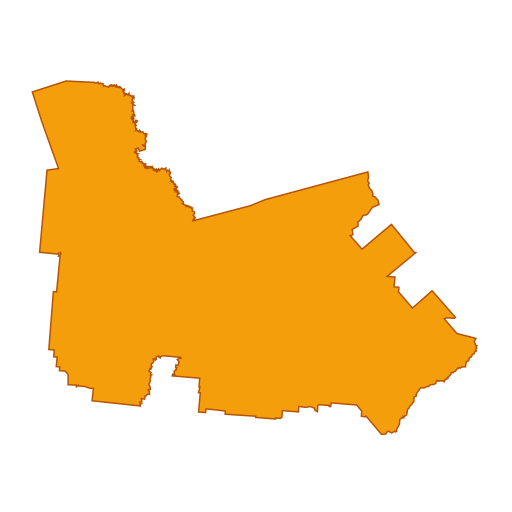 Lachlan, New South Wales, Australia (Mercator projection), rotated 87°
{"feature_id": "25037944B93105500759341", "entity_name": "Lachlan", "entity_type": "district", "adm_level": 2, "iso_a3": "AUS", "parent_name": "Australia", "parent_adm1": "New South Wales", "projection": "mercator", "projection_center": [147.012, -32.8], "detail": "fine", "context": "isolated", "style": "filled", "palette": "amber", "viewbox_px": 512, "rotation_deg": 87, "n_neighbors": 0, "source": "geoboundaries", "source_scale": "gbopen_adm2", "svg_char_len": 6056}
<svg xmlns="http://www.w3.org/2000/svg" viewBox="0 0 512 512"><g transform="rotate(87 256 256)"><path d="M374.7,450.4L375.6,442.0L377.1,442.2L376.0,440.4L376.4,440.5L377.4,433.6L379.2,429.2L379.8,425.3L392.0,427.3L399.7,379.3L398.2,379.5L397.7,378.4L397.5,379.5L395.9,379.7L395.7,377.6L392.4,377.9L393.1,374.8L390.1,374.2L389.9,373.1L388.1,371.4L388.5,369.6L385.5,369.5L385.1,370.4L383.8,370.7L383.7,368.4L381.3,368.5L378.6,369.8L374.9,367.9L373.9,368.4L371.0,367.3L369.8,367.7L369.2,366.4L368.6,367.5L366.8,366.9L365.6,368.8L364.3,368.8L363.5,367.3L362.2,368.0L363.1,366.7L360.9,365.6L360.7,366.3L358.2,366.2L357.3,364.4L355.7,363.6L353.4,364.2L353.2,362.8L354.7,362.0L353.9,360.9L352.0,361.0L351.0,360.1L350.9,358.6L351.3,358.9L352.8,357.0L351.4,356.6L350.7,354.6L353.2,336.6L354.2,336.2L354.1,337.9L355.3,340.1L357.0,338.6L358.0,338.9L358.3,338.1L358.4,338.9L361.0,339.2L360.6,341.7L362.9,342.1L363.6,340.9L365.0,342.1L365.4,341.6L367.0,343.9L370.6,343.5L371.0,344.2L370.0,344.1L369.6,345.2L371.3,346.0L375.1,318.6L383.7,319.8L383.8,318.8L389.5,320.6L389.7,318.8L408.8,321.5L409.7,314.5L406.1,314.0L406.9,308.2L409.2,294.7L412.4,295.1L416.0,264.5L417.2,264.7L419.8,245.0L418.8,244.9L419.4,240.1L418.5,238.6L411.8,237.7L413.9,221.8L408.5,221.1L409.7,214.2L409.2,209.4L411.0,205.7L413.0,205.3L414.7,202.8L408.3,202.1L407.8,200.9L409.0,190.7L410.1,190.8L410.3,189.3L406.6,188.6L410.1,163.2L416.5,158.5L421.5,159.2L422.4,155.4L421.6,154.5L440.6,140.1L440.7,138.9L440.5,135.6L438.8,134.7L437.9,132.8L439.8,129.9L438.3,126.5L438.8,125.9L438.3,125.8L438.5,124.8L436.7,124.7L431.6,121.6L426.8,121.0L425.4,118.9L425.2,117.4L424.8,118.0L423.9,117.6L424.4,117.1L422.5,113.9L417.0,112.6L415.6,110.8L413.9,110.4L412.3,108.1L410.9,107.6L410.0,106.0L405.2,105.6L404.2,103.3L402.0,103.1L396.2,98.5L396.5,94.6L395.1,91.8L395.5,90.5L393.7,88.7L393.6,85.4L392.5,83.0L390.8,82.9L390.2,82.1L390.4,81.0L389.9,81.1L390.5,79.3L390.3,76.0L391.5,74.7L389.1,73.4L388.7,71.6L388.1,71.6L387.9,70.6L387.3,71.0L384.7,67.8L382.6,67.1L382.9,65.3L382.0,65.0L381.7,63.1L378.4,60.4L378.9,59.6L377.9,58.6L378.6,57.8L377.6,56.1L377.6,52.6L372.6,51.6L371.8,49.2L368.6,48.1L368.2,46.4L365.7,45.0L364.8,43.0L363.3,42.9L362.4,41.0L360.7,41.4L359.5,40.4L358.3,41.0L357.2,40.1L356.3,41.5L352.8,42.5L349.8,40.7L343.9,59.5L328.6,71.3L327.7,68.8L328.6,60.9L327.7,60.1L299.9,82.0L316.2,102.5L299.4,115.5L294.7,114.9L294.1,119.8L284.3,118.3L283.2,126.2L261.0,96.3L260.5,97.9L231.5,119.1L254.7,149.8L240.6,160.9L240.6,159.6L239.5,158.1L234.5,158.5L231.4,152.5L227.4,152.4L225.1,149.4L221.2,147.1L220.6,143.5L219.4,141.8L213.5,137.3L211.1,130.4L206.6,131.3L203.1,134.2L202.3,136.3L200.1,136.0L196.8,136.9L194.5,139.0L190.9,140.2L189.3,139.1L186.9,140.7L183.3,139.4L177.9,139.9L200.1,243.6L205.4,258.7L217.6,317.2L215.4,316.1L216.0,315.3L214.5,315.7L214.4,314.8L211.9,316.5L210.1,315.0L208.8,315.2L207.6,317.3L206.8,316.9L205.4,317.7L204.9,317.0L204.5,318.0L204.1,317.0L203.9,319.8L203.1,319.5L201.9,322.6L203.0,322.0L202.9,323.3L202.0,323.3L199.9,326.7L199.6,325.7L198.2,325.7L196.2,327.7L195.6,327.4L195.0,328.6L192.9,329.7L192.6,331.7L189.6,330.9L190.1,330.0L189.7,329.3L188.7,329.8L189.1,331.2L188.0,331.0L187.7,332.4L187.0,330.3L185.8,332.0L186.2,332.8L185.4,333.3L186.0,334.1L185.0,334.5L184.3,333.9L184.7,332.2L183.6,332.3L183.5,331.2L182.8,331.0L182.1,333.4L181.4,332.4L180.1,332.7L180.3,333.9L179.7,334.6L178.9,334.1L178.1,335.3L177.1,334.7L176.7,335.5L177.2,336.4L177.7,336.1L177.0,337.2L176.2,336.6L174.5,337.4L173.4,336.6L171.0,338.2L169.5,338.2L169.4,337.4L168.0,336.9L167.8,337.9L165.7,338.2L166.5,338.7L165.7,340.0L166.6,340.5L165.8,340.5L165.2,341.8L163.5,341.4L164.4,344.2L163.3,345.5L165.7,348.1L165.5,348.9L164.6,348.0L163.8,348.7L165.0,350.0L166.4,349.9L166.8,351.0L165.7,351.2L165.4,352.4L164.8,350.8L164.0,351.0L164.4,351.8L163.6,353.4L164.2,354.0L162.7,354.1L162.5,355.4L162.0,354.6L161.2,355.0L162.2,356.4L161.2,356.5L161.0,358.0L161.6,358.7L162.6,358.3L162.9,359.4L161.6,360.5L161.0,359.6L160.7,360.1L161.2,361.1L162.6,361.5L161.8,362.4L160.7,361.7L160.8,362.8L160.1,363.3L159.7,361.9L158.2,361.3L158.3,363.6L157.3,363.9L157.5,364.7L155.5,365.1L155.9,366.7L155.2,367.8L153.7,367.7L153.6,366.9L152.8,368.3L151.8,367.9L150.8,369.6L149.4,368.7L148.1,369.4L147.8,368.6L147.4,369.9L145.8,370.0L146.8,371.0L146.3,371.9L145.5,371.9L144.7,370.0L145.4,369.7L144.7,369.4L142.9,370.9L142.0,368.0L145.2,366.9L143.8,361.1L141.1,360.7L139.9,363.1L139.1,363.3L139.9,361.0L139.4,360.7L137.0,360.5L135.7,359.4L133.8,360.6L131.2,360.0L131.0,359.1L130.0,359.1L130.4,359.9L129.1,360.3L129.3,359.5L128.5,359.8L128.4,358.9L127.8,359.8L128.3,360.3L127.9,361.6L126.2,362.4L126.1,364.7L125.3,365.0L125.8,365.5L124.5,365.9L125.5,366.9L124.3,368.1L124.5,369.6L122.7,368.7L122.7,369.3L120.6,369.7L119.3,368.8L119.0,369.8L116.1,369.6L116.5,368.7L114.9,367.4L114.1,368.7L116.3,370.7L116.3,371.9L113.5,371.1L114.0,371.8L112.6,372.1L112.8,372.8L112.1,373.3L111.1,373.3L111.6,371.9L110.8,372.2L111.6,371.0L109.5,371.3L109.7,369.7L108.6,369.9L108.3,371.3L107.7,370.5L104.5,370.7L104.9,371.9L104.4,372.1L102.9,371.3L98.9,371.1L99.0,369.6L96.9,372.0L96.4,370.4L95.8,371.6L94.8,370.7L94.1,371.6L91.6,370.7L92.4,369.7L91.6,369.4L91.0,370.3L90.0,369.6L89.7,371.0L90.3,371.5L89.4,373.1L89.0,372.8L88.6,374.5L87.0,374.4L88.3,375.7L87.4,376.6L88.7,378.7L87.1,377.9L87.0,379.5L85.4,379.1L85.1,380.2L84.0,380.3L83.5,378.6L82.4,378.8L83.4,380.1L80.0,382.8L80.6,383.4L79.8,383.8L80.4,384.6L79.7,385.2L80.1,385.8L79.3,385.9L79.7,386.9L78.0,386.5L78.8,388.0L77.8,388.7L79.2,390.0L78.7,390.7L77.4,390.1L78.4,391.3L77.5,391.6L78.1,393.2L78.7,392.9L79.6,394.4L78.9,394.8L79.1,396.2L77.9,398.4L78.4,399.4L76.2,399.6L75.1,402.6L75.9,403.1L75.5,404.3L74.2,404.4L75.1,407.6L74.2,408.2L71.3,436.5L80.5,470.8L110.1,463.0L158.3,448.6L159.3,460.2L241.0,471.9L243.8,453.1L243.0,453.0L242.2,451.1L243.6,450.6L245.7,453.2L245.9,451.7L281.4,457.0L280.9,460.2L338.6,467.8L339.3,462.4L346.1,463.3L346.5,459.9L356.0,461.3L356.5,457.8L360.2,458.3L361.0,452.5L364.6,449.8L374.7,450.4Z" fill="#f59e0b" stroke="#b45309" stroke-width="1.5"/></g></svg>